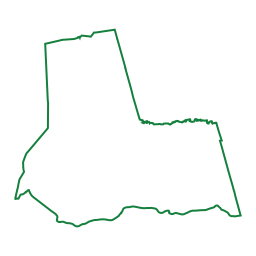 the district of Otaņķu pag., Nicas, Latvia
{"feature_id": "27541924B2147324015224", "entity_name": "Otaņķu pag.", "entity_type": "district", "adm_level": 2, "iso_a3": "LVA", "parent_name": "Latvia", "parent_adm1": "Nicas", "projection": "natural_earth1", "projection_center": [21.142, 56.421], "detail": "fine", "context": "isolated", "style": "outline", "palette": "green", "viewbox_px": 256, "rotation_deg": 0, "n_neighbors": 0, "source": "geoboundaries", "source_scale": "gbopen_adm2", "svg_char_len": 5681}
<svg xmlns="http://www.w3.org/2000/svg" viewBox="0 0 256 256"><path d="M176.6,213.1L180.9,214.2L181.9,214.4L183.6,214.3L187.6,212.6L189.5,211.6L191.1,211.0L192.5,210.7L196.3,210.6L200.8,210.2L205.1,210.1L206.5,209.8L208.2,209.1L210.3,208.4L213.1,207.6L214.3,207.1L214.9,206.5L215.5,205.9L216.1,205.6L216.9,205.5L217.8,205.7L219.1,207.0L220.4,208.1L221.4,209.6L221.8,209.8L222.9,210.1L224.2,210.6L227.7,212.6L228.4,213.5L228.7,213.9L228.8,214.2L229.2,214.8L229.8,215.4L230.4,215.8L231.0,216.0L231.9,216.2L233.6,216.1L234.1,216.2L234.5,216.4L235.0,216.4L236.0,216.2L240.6,215.5L237.1,202.6L235.6,197.2L234.2,191.2L233.9,190.7L232.7,186.1L228.5,171.5L222.1,148.1L220.0,140.7L221.7,140.5L219.0,132.2L216.6,123.9L216.2,123.0L216.2,122.9L215.4,123.1L215.1,123.0L215.0,122.8L214.7,122.9L214.6,123.1L214.1,123.2L213.4,123.2L212.9,123.1L212.8,123.3L212.7,123.4L212.5,123.1L212.5,122.9L212.3,122.8L212.1,123.1L211.9,122.8L211.8,121.8L211.9,121.4L211.7,121.2L211.1,121.3L210.8,121.3L210.5,121.3L210.2,121.5L209.5,122.1L208.7,122.3L208.7,122.5L208.8,123.1L208.7,123.3L208.6,123.5L207.9,123.5L207.1,123.0L206.9,122.1L206.7,121.4L206.8,121.2L206.7,120.7L207.0,120.5L207.0,120.4L206.4,120.3L204.8,120.7L204.4,120.7L204.0,120.5L203.5,120.5L203.1,120.3L202.7,120.3L202.5,120.6L202.4,120.6L202.2,120.6L201.9,120.5L201.5,120.8L201.1,120.7L200.9,120.8L200.7,120.7L201.1,119.9L200.7,119.6L200.4,119.7L199.1,120.1L198.9,120.2L198.9,120.3L199.1,120.4L198.9,120.5L198.6,120.5L198.5,120.4L198.4,120.1L198.3,119.9L198.0,120.0L197.0,120.4L197.0,120.7L197.2,120.8L196.9,120.9L195.8,119.9L195.7,119.7L196.3,119.2L196.1,119.1L195.7,119.0L195.3,119.1L194.8,119.7L194.6,120.8L194.3,121.2L194.2,121.4L193.9,121.6L192.8,121.7L192.2,121.9L190.8,121.6L190.4,121.4L190.3,121.1L190.4,120.8L190.4,120.6L190.2,120.5L189.7,120.7L189.7,120.3L189.9,119.9L190.2,119.6L190.2,119.4L190.0,119.2L189.5,119.2L189.2,119.4L188.8,119.8L188.1,119.8L187.2,119.7L186.7,120.0L186.2,119.9L185.7,120.1L185.8,120.3L185.7,120.4L185.8,120.6L186.0,120.6L186.0,120.9L186.1,121.2L185.9,121.4L185.8,121.6L185.6,121.6L184.5,120.9L184.3,120.9L184.2,121.0L183.7,121.7L183.4,121.7L183.1,121.6L182.8,122.0L182.5,122.0L182.4,121.9L182.2,121.9L182.0,122.0L182.0,122.3L181.7,122.3L180.8,122.1L180.5,122.1L179.7,121.8L179.0,121.7L178.3,121.4L178.2,121.3L178.2,121.1L177.9,121.0L177.5,121.2L177.2,121.0L177.0,120.9L176.7,120.9L176.3,121.1L175.7,121.2L175.5,121.3L175.5,121.7L175.3,121.9L175.0,122.0L174.8,121.9L174.4,121.8L174.3,122.0L174.3,122.3L173.6,122.6L172.9,122.7L172.9,122.4L172.8,122.2L172.5,122.3L172.4,122.5L172.4,122.8L172.0,123.4L171.1,123.9L170.8,123.9L170.4,124.1L170.5,124.4L170.0,124.6L169.1,124.1L168.4,123.6L168.1,123.5L167.7,123.6L166.8,123.4L166.5,123.5L165.1,123.5L163.9,123.6L163.7,123.6L163.4,123.9L163.4,124.1L163.2,124.3L161.5,124.3L161.1,124.4L160.2,124.0L159.1,124.0L158.0,124.2L156.4,124.2L153.8,124.4L153.6,124.3L153.5,124.2L153.5,123.8L153.1,123.5L152.9,123.2L152.7,123.1L152.2,123.0L151.9,123.0L151.2,122.9L150.3,122.9L150.1,123.0L149.7,123.4L149.0,121.9L147.0,122.2L147.2,122.5L147.2,122.8L147.0,123.0L146.7,123.0L146.7,122.6L146.5,121.6L147.3,121.3L147.2,121.2L146.9,121.1L145.9,121.5L145.4,121.9L145.0,121.9L144.8,122.2L144.7,122.2L144.3,121.9L144.1,121.8L144.0,122.0L143.9,122.2L144.3,122.3L144.3,122.5L144.2,123.0L143.7,123.2L143.0,122.9L143.3,122.8L143.0,122.6L142.9,122.3L143.1,122.0L142.8,121.8L142.6,121.5L142.9,121.2L143.0,120.9L142.8,120.5L142.2,120.3L142.2,120.1L141.8,120.1L141.7,120.2L139.9,119.6L139.5,118.5L139.4,118.5L136.0,106.9L135.8,106.1L134.5,101.8L133.2,97.4L131.3,89.6L125.3,68.2L125.5,68.2L124.3,63.9L118.3,42.5L117.3,39.0L117.2,39.0L117.0,38.4L116.8,37.2L116.0,34.2L114.7,29.7L95.9,32.5L94.0,32.5L92.4,34.7L90.8,36.7L90.4,36.6L88.5,36.3L81.7,35.6L80.1,37.1L79.9,37.1L79.8,37.5L79.5,36.8L78.5,37.1L78.7,37.4L77.5,37.9L74.1,39.0L62.5,39.8L57.1,41.1L45.2,43.8L47.8,100.9L48.1,102.7L47.9,128.1L29.6,149.8L26.6,153.2L25.7,155.0L23.3,161.5L23.1,162.2L23.1,162.7L23.2,165.1L23.2,166.9L23.5,169.6L24.0,171.9L19.5,179.4L18.7,182.9L17.8,187.7L17.2,189.9L16.2,194.3L15.9,195.7L15.6,197.2L15.4,197.8L15.4,198.5L15.4,198.9L15.7,199.0L16.4,198.6L16.9,198.5L17.6,198.7L18.4,198.7L18.8,198.0L19.9,195.9L20.1,195.3L20.8,194.6L21.2,194.5L22.7,194.3L23.9,193.7L25.6,192.3L25.8,192.3L25.9,191.8L26.7,191.6L28.1,190.2L28.8,190.1L30.1,193.0L31.0,194.6L31.9,195.8L32.9,196.7L33.8,197.5L34.2,197.8L51.5,211.1L55.6,214.0L56.9,215.6L57.3,216.3L57.4,217.1L57.3,217.9L56.9,219.5L56.9,220.2L57.0,220.6L57.3,221.2L58.4,221.8L58.9,222.0L60.1,222.0L62.5,221.7L63.5,221.8L64.6,222.2L65.4,222.6L66.2,222.9L66.9,223.1L68.5,223.2L69.4,223.2L71.7,223.7L72.9,224.2L73.3,224.5L73.7,224.8L75.2,225.9L76.4,226.3L78.0,226.3L78.9,226.1L81.6,224.5L82.8,224.1L83.7,224.0L85.0,223.8L86.0,223.4L87.7,222.4L88.8,221.7L92.9,220.4L94.2,220.1L97.1,219.9L101.5,219.3L102.9,219.3L105.0,219.4L107.0,219.8L107.8,219.8L108.5,220.1L109.2,220.2L111.5,220.2L112.3,220.0L113.1,219.6L116.2,217.7L117.5,216.8L119.0,215.6L119.3,215.1L119.6,214.5L120.9,213.4L121.3,213.0L121.1,212.7L122.2,211.5L122.5,210.8L122.7,210.2L123.2,209.1L123.7,208.5L124.4,208.0L125.6,207.5L126.3,207.4L126.8,207.3L127.6,207.1L129.3,207.2L130.8,206.8L132.1,206.5L132.7,206.5L134.0,206.5L139.8,207.7L140.9,207.9L143.9,208.2L144.5,208.2L147.0,208.0L149.6,208.0L151.4,207.9L155.5,208.6L156.4,209.2L157.3,210.1L158.2,211.5L158.8,212.1L159.2,212.4L159.7,212.6L160.2,212.8L161.1,212.9L162.0,212.9L162.4,212.8L163.2,212.5L164.3,211.7L165.2,211.2L167.6,210.6L168.4,210.6L168.8,210.8L169.1,211.5L169.2,211.9L169.0,212.3L169.2,212.8L169.3,213.2L170.4,213.6L171.5,214.0L172.2,214.1L172.8,214.0L173.9,213.5L175.1,213.1L175.8,213.0L176.6,213.1Z" fill="none" stroke="#15803d" stroke-width="2"/></svg>